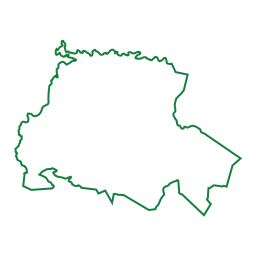 the district of Pluma Hidalgo, Oaxaca, Mexico
{"feature_id": "50627088B69643884301220", "entity_name": "Pluma Hidalgo", "entity_type": "district", "adm_level": 2, "iso_a3": "MEX", "parent_name": "Mexico", "parent_adm1": "Oaxaca", "projection": "mercator", "projection_center": [-96.45, 15.922], "detail": "fine", "context": "isolated", "style": "outline", "palette": "green", "viewbox_px": 256, "rotation_deg": 0, "n_neighbors": 0, "source": "geoboundaries", "source_scale": "gbopen_adm2", "svg_char_len": 5591}
<svg xmlns="http://www.w3.org/2000/svg" viewBox="0 0 256 256"><path d="M240.6,158.4L204.1,133.4L201.3,132.3L200.9,131.8L200.3,129.6L199.7,129.0L196.0,126.7L193.2,125.8L192.4,125.8L190.2,126.4L188.9,127.2L187.4,127.6L186.3,127.3L185.8,126.9L185.3,126.7L184.8,126.8L184.0,127.2L183.7,128.3L182.8,128.7L182.2,128.6L181.3,128.2L180.2,126.4L179.7,125.6L178.6,125.6L177.7,125.2L177.0,123.2L176.7,121.1L176.4,120.3L176.2,119.8L175.4,119.2L174.7,117.7L173.5,115.6L173.3,114.7L173.5,113.8L174.0,112.8L175.2,111.5L175.4,110.4L175.2,108.3L174.7,105.8L175.0,103.1L176.1,98.8L177.3,97.6L178.4,96.2L181.0,93.9L183.9,90.1L187.6,74.6L175.6,72.1L171.7,63.7L170.4,64.1L167.8,63.6L167.0,63.3L166.7,62.0L166.5,60.6L165.6,58.1L164.2,57.9L163.5,58.8L161.9,60.2L160.4,61.0L159.7,61.2L158.9,60.7L158.2,59.8L157.3,57.6L156.7,57.2L155.3,56.9L152.8,59.0L151.8,60.2L150.0,59.9L149.2,59.2L148.3,59.1L147.4,58.6L146.4,58.1L145.8,57.2L144.0,57.3L143.1,57.5L140.4,58.7L136.5,58.7L135.5,58.0L135.5,57.5L136.9,55.6L137.7,54.9L138.7,54.6L139.9,54.0L140.4,53.1L140.1,52.5L139.8,52.2L139.2,52.0L137.4,52.0L134.6,53.2L133.2,53.5L132.0,53.2L130.7,52.2L129.8,52.1L128.5,52.6L128.3,52.9L128.3,53.7L128.5,54.8L128.3,55.2L127.7,55.4L127.1,55.3L125.3,54.7L124.1,53.6L123.4,53.7L122.5,54.0L121.2,55.6L119.9,55.6L118.0,54.8L117.6,54.3L117.4,53.1L117.4,52.0L116.8,51.8L116.6,52.0L116.1,52.8L115.7,53.1L115.2,53.3L114.9,52.6L115.0,52.0L114.9,51.5L114.3,50.7L112.9,49.7L112.2,49.7L111.7,49.8L110.5,50.4L109.1,52.0L108.0,53.5L106.5,53.8L106.4,53.1L106.0,52.8L105.4,52.9L104.0,53.3L103.4,54.1L102.9,54.5L101.4,54.8L100.7,54.6L100.0,54.2L97.8,51.8L95.9,51.0L95.6,50.8L95.1,49.9L94.8,49.8L94.5,49.9L92.8,51.1L92.4,51.6L92.4,52.1L92.6,52.9L92.6,53.8L92.4,54.8L91.8,55.6L90.9,55.8L90.6,55.8L89.4,53.9L88.4,53.3L87.6,53.0L85.1,51.2L84.2,50.9L83.6,50.9L83.2,51.0L82.9,51.4L82.9,52.6L82.4,52.8L81.0,52.8L80.2,52.4L79.9,52.0L79.7,51.2L77.8,50.1L77.4,50.3L77.2,50.6L77.0,51.2L76.8,52.7L76.1,53.2L75.5,53.4L74.1,53.5L72.9,53.2L72.2,52.8L71.4,52.7L71.0,52.9L70.3,52.8L69.3,52.2L68.6,51.5L68.0,51.6L66.5,52.1L66.1,52.0L65.6,50.6L64.7,47.5L64.8,46.8L65.4,45.2L65.3,44.5L64.6,42.8L63.5,41.9L63.1,40.9L62.5,40.8L62.1,40.9L61.8,41.5L61.5,43.0L61.7,44.0L62.2,44.6L62.6,45.6L62.2,46.0L60.5,46.7L59.7,47.4L59.0,48.1L57.9,49.8L57.4,50.0L56.8,49.8L56.5,49.3L55.9,50.4L55.7,51.8L55.8,53.4L56.4,54.8L57.3,54.6L58.9,53.8L59.4,52.9L59.6,52.8L60.0,53.1L60.3,54.3L60.9,55.4L63.5,56.8L65.0,56.4L65.0,55.9L66.0,55.4L67.1,54.6L67.4,54.5L68.4,54.5L68.6,55.1L67.4,56.1L67.5,56.7L69.9,57.6L71.7,57.8L73.3,58.3L75.3,59.6L75.9,59.6L75.8,60.3L75.0,60.9L73.3,60.5L70.8,62.0L70.6,62.4L69.4,63.2L66.5,64.6L64.9,63.0L63.9,62.2L63.3,61.9L62.3,61.8L60.4,62.6L59.4,63.4L58.5,64.3L58.4,65.5L58.5,66.5L58.3,67.9L57.8,68.5L57.0,68.9L56.6,69.5L56.9,73.5L57.6,76.1L57.6,77.3L57.3,77.5L56.8,77.3L56.2,76.8L55.6,75.7L55.1,75.9L54.6,76.6L53.7,77.4L52.1,80.0L51.6,80.1L51.2,80.5L51.4,81.9L51.8,83.0L51.4,83.8L50.9,84.4L50.3,84.8L49.3,86.1L49.0,90.1L48.7,91.4L48.5,95.9L48.4,99.5L48.6,102.5L47.9,104.2L43.3,106.5L42.3,107.9L41.2,111.5L40.1,113.2L38.8,114.7L37.4,115.5L35.8,116.2L33.3,115.9L32.4,115.1L31.6,114.2L30.8,113.8L27.2,113.5L27.7,113.8L27.4,116.1L28.0,117.2L28.5,119.0L28.2,121.0L27.7,121.8L26.4,122.4L25.2,122.3L23.7,121.7L22.7,121.9L21.7,122.4L21.3,123.2L20.9,124.8L19.4,126.6L19.5,128.8L19.1,129.4L18.7,130.3L18.7,132.1L18.9,132.6L18.9,133.8L18.8,134.6L20.0,135.0L20.1,135.5L20.9,136.3L21.2,136.4L21.7,136.3L21.8,137.0L21.6,137.3L21.6,137.8L21.8,138.5L21.7,138.9L21.3,139.6L20.5,140.2L20.0,140.9L19.9,141.2L20.3,141.9L20.2,142.1L19.9,142.9L18.9,144.2L18.9,145.4L18.7,145.9L18.2,146.5L17.6,146.8L16.3,148.2L15.5,148.8L15.4,149.1L15.7,151.0L15.8,151.8L15.9,152.3L16.1,152.6L16.5,152.6L16.9,153.1L17.0,153.5L16.3,154.6L16.2,155.1L16.3,155.8L16.0,156.2L16.1,156.5L16.6,156.9L16.7,157.7L17.3,159.6L17.8,160.1L18.9,160.6L20.1,161.3L21.0,162.0L21.0,162.6L20.9,162.9L21.1,163.3L21.4,164.1L21.5,164.2L21.6,164.9L21.9,165.3L23.0,165.5L23.4,165.8L24.4,166.0L24.6,166.2L24.8,166.6L25.2,166.8L25.3,167.1L25.9,167.6L26.6,169.1L26.7,169.6L26.6,171.0L26.9,171.8L27.0,172.4L26.8,172.8L25.2,172.8L24.3,173.5L24.6,173.8L23.2,186.0L31.3,189.9L52.1,188.4L53.5,187.3L53.7,186.5L53.7,185.7L53.0,185.2L52.3,185.1L51.7,183.8L51.0,182.7L50.2,182.2L48.3,181.4L47.2,179.4L45.8,177.5L42.5,175.9L39.4,174.6L41.9,172.0L42.9,171.3L44.2,170.7L46.6,169.3L49.2,169.0L50.6,169.0L52.6,168.2L53.2,168.7L54.2,169.0L56.3,170.1L56.7,170.6L56.5,171.1L55.4,171.8L54.4,171.9L53.3,172.5L54.1,174.1L54.8,175.2L55.8,175.8L58.0,176.8L61.0,177.3L63.4,177.8L65.0,178.6L65.9,178.6L69.2,177.2L70.8,176.8L71.1,177.2L70.7,177.9L69.6,178.9L68.9,179.9L68.7,181.2L71.2,182.2L71.7,182.9L72.3,184.4L73.3,184.8L74.0,185.5L74.8,185.8L77.2,186.0L77.7,186.0L78.3,185.3L78.8,185.4L80.6,186.6L81.1,187.1L81.3,187.8L96.2,189.6L98.5,193.5L105.2,190.6L112.1,202.7L113.8,194.0L116.6,194.2L118.2,194.8L120.4,194.8L121.5,195.1L123.5,195.0L148.9,210.0L155.5,209.2L155.7,208.0L156.1,207.1L158.5,204.5L159.0,203.0L160.2,200.7L160.4,199.6L162.1,197.0L163.7,195.3L164.1,194.4L164.0,193.2L163.7,192.5L163.2,190.3L163.3,189.0L163.8,187.9L164.2,187.2L165.2,186.8L165.8,186.4L167.4,186.0L169.0,184.8L169.6,183.7L170.7,183.1L171.9,182.6L172.9,182.0L174.2,181.5L175.8,181.2L177.3,180.1L178.3,180.7L179.2,192.0L179.0,192.5L179.8,193.5L180.5,194.1L181.1,194.2L181.9,194.2L204.0,215.2L210.8,204.0L206.9,199.5L207.8,197.8L208.1,196.0L208.0,195.1L208.5,188.1L209.1,188.2L209.9,188.1L211.1,187.1L212.0,186.6L212.9,185.7L213.7,185.5L214.7,185.4L222.4,186.5L223.6,185.8L224.9,186.2L226.6,186.6L232.5,165.5L240.6,158.4Z" fill="none" stroke="#15803d" stroke-width="2"/></svg>